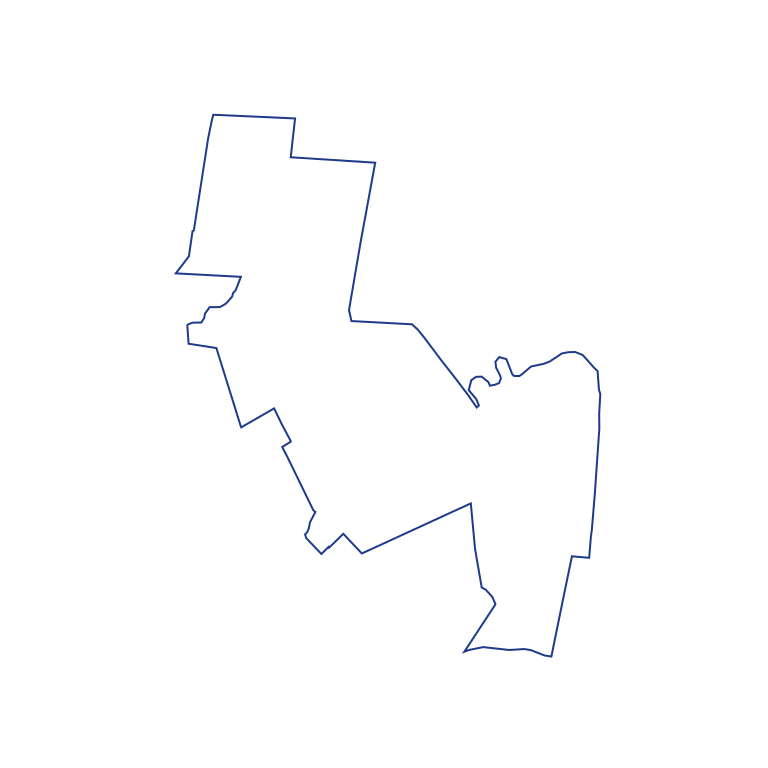 the district of Nenciulesti, Teleorman, Romania, rotated 136°
{"feature_id": "2599482B65511789947174", "entity_name": "Nenciulesti", "entity_type": "district", "adm_level": 2, "iso_a3": "ROU", "parent_name": "Romania", "parent_adm1": "Teleorman", "projection": "robinson", "projection_center": [25.186, 44.017], "detail": "fine", "context": "isolated", "style": "outline", "palette": "blue", "viewbox_px": 768, "rotation_deg": 136, "n_neighbors": 0, "source": "geoboundaries", "source_scale": "gbopen_adm2", "svg_char_len": 1746}
<svg xmlns="http://www.w3.org/2000/svg" viewBox="0 0 768 768"><g transform="rotate(136 384 384)"><path d="M545.3,330.7L547.0,327.0L547.1,305.2L536.9,305.3L537.1,304.4L517.3,304.5L517.5,293.4L517.6,281.1L517.7,277.5L481.5,264.8L428.9,246.4L404.5,237.8L410.2,230.7L433.0,202.2L441.8,189.3L455.1,169.7L453.7,165.5L454.0,155.7L455.3,152.1L456.6,148.5L457.6,147.9L460.3,147.3L512.2,135.6L507.4,133.5L495.4,125.8L478.6,105.6L467.1,95.8L463.2,90.5L457.1,77.2L452.9,71.7L403.1,105.9L368.5,129.5L357.2,116.5L356.4,117.1L341.2,130.5L335.8,134.7L332.2,137.9L309.7,157.6L260.9,201.6L258.7,203.8L249.8,213.2L235.4,226.5L233.3,230.6L225.0,240.6L221.4,244.8L221.6,249.3L220.9,266.8L224.3,274.3L229.3,278.8L234.8,282.4L249.3,285.1L255.0,287.5L266.0,294.4L278.1,295.2L281.1,295.7L284.9,299.5L284.9,302.1L278.7,316.9L282.4,323.3L288.4,322.6L292.0,317.9L294.7,309.1L296.2,306.7L300.6,304.8L304.5,306.3L309.0,309.2L307.6,312.8L308.1,317.1L308.6,321.4L312.8,325.2L318.6,326.1L327.3,320.7L328.1,309.1L330.6,302.7L333.6,302.7L331.2,317.6L328.8,337.5L326.3,361.4L322.9,388.8L321.9,399.5L322.4,407.5L363.7,451.9L357.9,461.4L329.4,482.4L300.9,503.3L277.1,520.3L236.6,549.3L293.6,611.9L263.5,636.8L319.8,696.3L325.5,692.7L339.8,682.9L352.1,673.6L405.1,633.4L414.2,626.5L415.5,627.0L435.6,611.4L456.9,608.2L412.5,560.5L421.8,556.2L425.9,554.4L429.2,554.3L432.5,552.4L439.6,551.7L442.7,551.8L448.6,553.3L456.0,560.4L463.8,559.0L467.5,556.4L472.7,555.1L479.1,561.1L483.4,562.9L484.7,562.9L496.6,548.7L479.6,526.3L516.2,453.5L516.8,452.0L496.4,446.9L480.0,442.8L485.4,426.3L490.7,407.8L491.2,407.3L501.0,409.4L504.0,399.2L509.1,383.5L522.5,342.4L522.3,339.6L533.1,336.0L538.7,332.2L542.2,330.8L544.9,330.5L545.3,330.7Z" fill="none" stroke="#1e3a8a" stroke-width="2"/></g></svg>